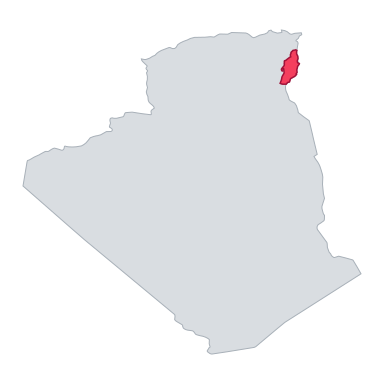 Algeria, with Tébessa highlighted
{"feature_id": "DZA-2223", "entity_name": "Tébessa", "entity_type": "Province", "adm_level": 1, "iso_a3": "DZA", "parent_name": "Algeria", "parent_adm1": "", "projection": "albers", "projection_center": [7.688, 35.056], "detail": "fine", "context": "in_parent", "style": "filled", "palette": "rose", "viewbox_px": 384, "rotation_deg": 0, "n_neighbors": 0, "source": "natural_earth", "source_scale": "10m", "svg_char_len": 5487}
<svg xmlns="http://www.w3.org/2000/svg" viewBox="0 0 384 384"><path d="M301.3,32.8L301.6,33.8L301.7,34.7L300.3,35.5L299.4,36.0L298.3,38.4L296.3,40.0L296.0,40.4L296.0,40.9L297.4,41.6L297.8,42.3L298.1,43.2L297.5,46.4L296.6,52.2L296.6,53.5L297.2,55.0L297.7,56.1L297.9,57.4L297.7,60.7L298.4,62.6L298.9,64.3L297.7,66.5L297.2,68.4L296.9,71.1L296.7,72.9L295.9,74.5L294.9,76.0L293.8,76.9L292.3,77.7L290.7,78.8L289.3,81.6L286.4,83.9L285.8,84.8L285.5,86.6L285.6,89.3L286.1,91.3L287.5,94.4L288.7,97.8L289.1,99.5L289.5,100.1L291.3,101.3L294.3,102.8L294.9,103.4L296.4,105.7L297.8,109.9L298.3,112.6L303.7,116.8L308.9,120.5L309.3,121.1L312.3,133.7L313.3,138.2L317.2,154.4L315.7,155.3L314.0,156.5L315.3,158.7L317.8,162.2L319.4,165.1L319.9,166.3L321.1,169.9L322.1,173.3L322.4,174.4L322.8,177.1L322.5,184.4L323.4,193.8L324.5,198.4L323.1,202.6L321.9,206.6L322.0,208.7L322.8,211.8L323.5,214.1L324.5,215.3L324.4,219.2L324.0,220.6L321.2,222.7L318.1,224.7L317.2,226.3L317.0,228.0L317.4,229.5L326.9,242.5L327.2,243.8L327.4,247.5L329.1,252.1L330.8,254.1L331.4,255.6L332.7,256.7L333.8,257.5L334.6,257.5L338.7,256.2L345.8,258.0L352.6,259.9L353.1,260.3L357.3,267.3L361.0,273.8L284.8,322.4L276.2,329.5L255.7,346.7L254.1,347.4L227.0,351.8L212.9,353.9L212.3,354.0L211.5,354.0L210.9,353.9L209.7,353.4L208.3,352.3L207.4,351.7L207.2,350.9L207.8,349.8L208.5,348.9L208.8,348.1L209.3,347.6L210.0,347.1L210.0,346.4L209.6,345.3L209.2,343.8L209.3,341.0L209.4,339.7L208.2,338.6L205.8,337.3L203.6,336.5L202.6,336.2L200.1,335.7L196.8,334.8L195.6,334.2L193.6,331.5L192.5,330.8L187.5,330.1L185.8,329.6L184.4,328.9L183.3,328.0L182.7,326.5L182.6,325.3L182.2,324.8L176.8,321.6L175.4,320.6L174.7,319.6L174.8,318.3L175.0,316.7L174.9,315.3L174.7,314.6L84.7,239.9L80.1,235.9L69.6,226.8L23.0,186.0L27.0,162.2L27.3,161.0L27.6,160.5L29.4,159.9L32.2,158.3L33.3,157.6L34.6,156.9L39.3,154.8L40.2,154.2L44.8,151.7L45.8,151.4L48.1,151.5L49.1,151.0L50.5,150.0L52.5,148.8L53.8,148.3L54.1,148.2L54.8,148.2L58.5,149.2L60.0,149.7L61.9,150.3L62.5,150.2L63.1,149.8L63.9,148.9L64.2,147.8L64.4,146.7L64.6,146.3L65.0,146.1L65.8,146.3L66.9,146.6L69.1,146.9L69.9,146.9L72.5,147.0L76.1,146.8L81.5,145.9L84.1,144.4L86.2,142.7L88.4,140.1L90.2,137.8L93.3,136.6L95.9,135.9L97.4,135.7L100.7,134.8L106.4,131.6L110.9,131.5L111.5,131.2L112.2,130.6L112.3,129.5L111.7,128.6L110.8,128.0L110.3,127.5L109.6,127.3L109.4,126.7L109.7,125.7L109.9,124.8L110.4,123.9L110.4,122.5L110.0,121.1L109.9,120.1L110.1,119.1L110.4,118.4L111.4,118.0L112.5,117.9L113.9,118.3L116.5,118.3L123.2,116.7L123.8,116.0L124.4,114.4L125.0,113.1L125.7,112.6L126.1,112.6L131.4,112.2L132.5,112.2L142.2,113.7L150.5,114.7L151.2,114.5L151.3,113.4L151.0,111.4L151.4,110.3L152.7,109.3L154.3,108.1L153.7,106.6L152.6,105.4L151.1,104.1L150.3,103.5L148.9,101.9L148.2,100.1L147.9,96.5L146.9,94.4L146.3,91.9L147.5,87.5L146.7,84.7L146.6,83.5L146.7,82.1L147.3,79.8L147.4,76.4L146.5,72.8L147.2,71.7L147.5,71.1L147.5,70.5L146.4,69.3L146.0,68.4L146.3,67.5L147.1,66.4L147.1,65.8L145.3,64.1L142.5,61.4L141.7,60.2L141.4,58.9L144.3,59.5L145.9,59.5L149.6,58.2L152.6,56.3L154.9,55.4L157.0,53.2L158.9,51.8L161.5,50.4L169.1,47.5L170.2,47.6L172.5,48.6L174.6,48.5L176.1,47.4L177.8,44.6L180.3,42.9L183.4,41.4L187.5,39.9L190.3,38.5L194.5,37.4L205.1,37.2L210.5,36.7L214.1,37.1L217.9,34.8L219.8,34.0L227.8,34.2L231.6,32.5L245.8,33.0L247.5,33.6L249.2,34.7L252.1,37.1L253.5,37.7L255.4,37.2L259.8,35.1L264.8,34.0L267.5,32.7L268.7,30.8L271.0,30.1L272.3,31.6L277.3,33.1L280.5,32.7L281.9,32.3L281.4,30.0L284.7,30.6L287.2,31.7L289.9,33.9L291.6,34.3L294.8,33.3L301.3,32.8Z" fill="#d9dde1" stroke="#a8b0b8" stroke-width="1"/><path d="M294.6,76.5L293.1,77.2L292.4,77.7L291.1,78.3L290.6,78.7L290.3,79.3L289.7,81.5L289.6,81.8L289.4,82.0L289.1,82.2L288.1,82.3L287.6,82.6L287.1,83.0L286.8,83.5L286.2,84.2L283.0,84.2L282.1,84.1L281.1,83.8L280.1,83.3L281.1,80.8L281.5,79.5L281.8,77.8L281.9,77.2L282.2,76.4L282.3,76.2L282.5,75.9L282.9,75.1L283.4,74.4L283.7,73.8L284.1,73.0L284.1,72.9L284.1,72.7L284.1,72.4L284.1,72.2L283.9,71.4L283.9,71.2L283.9,70.3L283.9,70.1L283.8,69.9L283.7,69.8L283.7,69.7L283.7,69.4L283.7,69.0L283.7,68.9L283.6,68.7L283.4,68.6L283.2,68.6L282.8,68.4L282.7,68.5L282.5,68.8L282.4,68.9L282.3,69.0L282.2,69.0L282.0,69.4L281.9,69.7L281.9,69.8L282.0,69.9L282.0,70.0L282.1,70.3L282.2,70.6L282.3,70.8L282.2,71.0L281.8,70.7L281.7,70.3L281.7,70.2L281.5,69.9L281.5,69.7L281.5,69.4L281.4,69.3L281.4,69.2L281.5,69.0L281.6,68.8L282.1,68.1L282.5,67.6L283.1,66.9L283.9,65.9L284.1,65.6L284.3,65.2L284.4,64.7L284.3,64.4L284.2,64.1L284.2,63.8L284.2,63.5L284.4,63.2L284.4,62.9L284.3,62.6L284.3,62.3L284.4,61.7L284.4,61.4L284.3,61.2L284.5,60.8L285.9,60.3L286.3,59.9L289.7,57.3L289.9,57.2L290.2,57.1L290.4,57.0L290.7,56.9L290.7,56.6L290.6,56.3L290.4,55.5L290.4,55.1L290.4,54.6L291.0,53.3L291.0,53.1L291.0,52.9L291.0,52.7L291.0,52.4L291.3,52.1L291.5,51.8L291.6,51.7L291.8,51.5L292.3,51.2L292.5,51.1L292.6,50.9L292.7,50.7L292.8,50.5L293.0,50.4L293.5,50.3L294.2,50.2L294.6,50.1L294.8,50.1L295.4,50.0L295.5,50.0L295.7,49.9L295.8,49.8L296.1,50.0L296.3,50.1L296.9,50.4L296.6,51.5L296.6,53.0L296.6,53.8L296.8,54.4L297.5,55.6L297.8,56.2L297.8,56.7L298.0,58.2L298.0,58.8L297.5,60.1L297.3,60.7L297.3,61.4L297.4,62.1L297.7,62.8L298.3,63.0L298.9,63.2L299.4,63.6L299.3,64.0L298.4,65.4L297.7,66.1L297.5,66.8L297.3,68.1L296.9,69.1L296.8,69.8L296.8,70.5L297.1,72.3L297.0,72.6L296.9,72.7L296.9,72.8L296.4,73.3L296.2,73.5L296.2,73.8L296.6,74.4L296.5,74.6L295.9,75.0L295.8,75.4L295.7,75.6L295.2,75.9L294.6,76.5Z" fill="#f43f5e" stroke="#9f1239" stroke-width="1.5"/></svg>